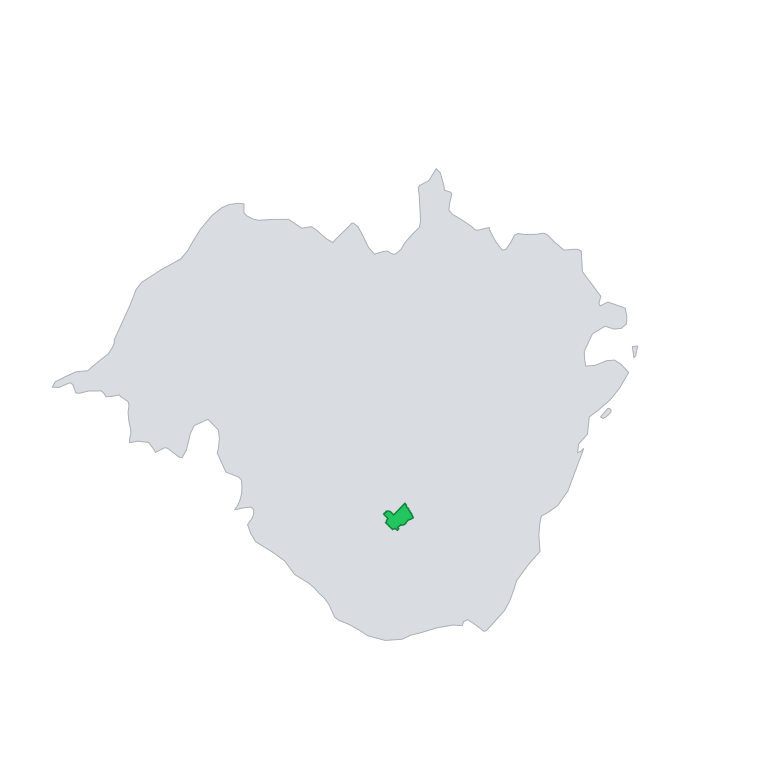 Siem Reap, Siemréab, Cambodia (highlighted), rotated 224°
{"feature_id": "14789045B16739970374251", "entity_name": "Siem Reap", "entity_type": "district", "adm_level": 2, "iso_a3": "KHM", "parent_name": "Cambodia", "parent_adm1": "Siemréab", "projection": "natural_earth1", "projection_center": [103.853, 13.34], "detail": "fine", "context": "in_parent", "style": "filled", "palette": "green", "viewbox_px": 768, "rotation_deg": 224, "n_neighbors": 0, "source": "geoboundaries", "source_scale": "gbopen_adm2", "svg_char_len": 6283}
<svg xmlns="http://www.w3.org/2000/svg" viewBox="0 0 768 768"><g transform="rotate(224 384 384)"><path d="M620.5,151.3L622.0,157.3L618.1,168.6L614.0,178.8L606.3,187.8L605.9,194.4L603.3,214.0L604.4,220.3L606.2,225.6L608.8,228.5L615.6,247.8L621.8,265.3L627.9,279.6L629.0,288.7L623.6,311.7L617.1,332.9L617.8,343.4L620.6,354.0L623.6,368.1L624.8,386.1L623.2,397.8L620.3,405.1L614.7,412.5L609.8,416.3L603.9,410.0L599.3,409.7L593.0,411.6L588.1,414.5L578.0,425.5L566.9,436.2L551.5,438.9L545.5,446.8L539.1,447.9L526.9,448.3L519.0,450.2L519.3,454.1L518.7,472.9L518.9,477.3L517.7,478.5L512.2,479.1L502.8,476.2L490.1,471.5L481.1,470.8L476.5,479.0L473.8,482.2L470.4,482.7L466.8,484.1L465.6,487.8L465.3,492.4L467.1,500.2L467.7,512.6L467.3,521.0L470.6,526.4L490.0,544.4L495.7,548.9L496.3,551.6L493.0,561.4L496.0,575.2L490.0,574.9L479.8,569.0L475.0,565.4L469.2,568.3L467.1,567.7L463.2,560.9L458.0,554.0L452.6,553.6L441.4,556.3L429.9,558.2L425.5,558.2L423.7,559.4L417.0,569.7L414.2,567.9L402.6,564.0L392.0,562.5L389.8,565.2L391.1,573.6L393.5,581.8L392.1,585.3L386.3,589.6L378.6,597.3L373.9,603.4L370.6,604.8L358.9,604.6L347.3,605.4L342.6,611.1L338.2,615.5L334.5,616.7L319.2,602.6L288.9,597.7L285.6,591.5L282.7,590.3L280.0,598.4L263.3,606.1L256.4,601.4L251.3,595.8L252.0,588.8L256.8,583.2L265.1,579.1L268.9,564.8L262.6,546.6L257.1,541.3L251.3,537.0L245.2,543.8L240.0,555.5L234.7,561.4L227.1,562.8L216.0,562.3L211.7,544.9L210.3,530.1L211.8,513.1L213.5,503.0L202.8,489.2L202.3,475.9L197.1,469.1L195.6,472.6L195.7,476.4L194.3,473.6L177.4,434.8L174.6,416.9L177.5,403.0L179.2,398.4L174.4,391.1L167.6,382.8L155.5,372.0L154.7,354.8L152.0,334.6L148.4,327.7L142.9,315.3L139.9,304.9L139.0,277.6L140.5,275.4L149.1,274.6L160.0,272.7L161.8,268.3L159.8,264.6L166.9,258.5L176.9,244.9L184.7,230.7L190.3,221.8L193.7,212.9L205.0,200.4L220.6,191.7L231.1,189.7L242.2,186.7L252.7,182.5L257.7,182.1L270.8,187.2L277.9,188.5L285.3,188.4L293.0,188.9L299.8,188.4L315.8,184.9L332.8,187.7L348.0,185.5L366.9,181.4L376.1,183.9L384.5,188.1L385.7,196.4L387.7,200.2L390.5,203.1L394.2,203.1L399.0,197.3L403.0,191.3L404.3,190.2L404.5,193.2L406.5,199.6L410.1,206.0L413.7,210.2L419.8,215.9L423.7,216.1L436.6,210.8L455.9,218.5L458.2,222.4L464.4,230.3L471.2,235.9L486.2,236.3L491.6,222.4L489.0,214.0L480.3,199.2L478.0,190.6L480.7,189.0L495.2,187.4L497.6,185.7L500.8,176.1L504.7,177.2L512.8,178.4L521.3,171.9L526.3,165.0L529.1,168.2L532.1,173.0L535.4,175.8L541.5,179.9L548.3,185.7L552.5,191.4L555.9,193.6L564.5,192.0L566.8,192.3L571.8,185.3L575.3,181.6L578.3,182.7L582.6,182.6L591.6,173.8L596.7,165.7L599.5,163.5L607.6,167.5L610.9,166.7L615.5,155.6L620.5,151.3ZM206.0,522.0L204.4,523.1L202.8,523.1L201.2,521.5L201.4,515.2L202.5,511.4L205.3,510.7L206.0,522.0ZM231.3,583.4L227.9,587.6L222.5,579.0L222.6,576.6L231.3,583.4Z" fill="#d9dde1" stroke="#a8b0b8" stroke-width="1"/><path d="M277.4,285.3L276.7,285.3L276.8,286.0L275.4,287.5L275.3,288.0L274.8,288.1L274.7,288.1L274.4,288.1L274.1,288.0L273.9,288.0L273.6,288.0L273.3,288.0L273.2,288.0L272.8,288.0L272.7,288.1L272.8,288.3L272.8,288.6L272.8,289.0L272.8,289.3L272.8,289.6L272.8,289.9L272.8,290.0L273.0,290.1L273.3,290.1L273.6,290.2L273.9,290.2L274.1,290.2L274.4,290.1L274.5,290.2L274.5,290.3L274.5,290.5L274.4,290.8L274.4,291.0L274.5,291.2L274.5,291.5L274.5,291.8L274.4,292.0L274.3,292.3L274.2,292.5L274.1,293.0L274.1,293.5L274.1,293.8L274.2,294.0L274.2,294.3L274.2,294.5L273.9,294.5L273.6,294.7L273.4,294.7L273.3,294.8L273.0,295.0L272.8,295.2L272.7,295.4L272.5,295.6L272.3,295.9L272.2,296.1L272.1,296.4L271.9,296.7L271.8,297.0L271.7,297.3L271.7,297.7L271.6,298.1L271.5,298.4L271.5,298.6L271.5,298.8L271.7,299.1L271.8,299.3L271.9,299.6L271.9,299.9L271.9,300.3L271.9,300.7L272.0,301.1L272.0,301.6L272.0,302.2L272.1,302.5L272.1,303.0L271.7,303.6L271.5,304.1L271.2,304.6L271.0,304.9L270.9,305.3L270.7,305.9L270.4,306.8L270.1,308.0L270.3,308.2L270.5,308.2L270.6,308.3L270.8,308.3L271.0,308.5L271.3,308.6L271.4,308.8L271.5,308.8L271.8,308.8L272.0,308.8L272.4,309.0L272.5,309.0L272.8,309.2L273.0,309.2L273.2,309.3L273.3,309.3L273.5,309.4L273.8,309.6L274.0,309.8L274.3,310.0L274.5,310.0L274.7,309.9L274.8,309.9L275.1,309.9L275.4,310.0L275.5,309.9L275.8,309.8L276.0,309.8L276.2,310.0L276.3,310.0L276.5,310.3L276.8,310.5L277.0,310.6L277.3,310.6L277.5,310.6L277.8,310.5L278.0,310.5L278.3,310.6L278.5,310.6L278.8,310.6L279.0,310.7L279.1,310.8L279.3,311.0L279.5,311.2L279.6,311.3L279.8,311.4L279.9,311.5L280.0,311.5L280.3,311.4L280.5,311.3L280.8,311.2L281.0,311.2L281.4,311.1L281.6,311.1L281.9,311.2L282.1,311.3L282.4,311.4L282.6,311.5L282.9,311.7L283.1,311.8L283.3,311.9L283.4,312.0L283.5,312.1L283.7,312.3L283.8,312.4L284.1,312.4L284.3,312.2L284.5,312.2L285.0,312.3L285.3,312.5L285.5,312.7L285.6,312.8L285.8,313.0L286.1,313.2L286.1,313.3L286.1,311.9L286.1,309.3L286.1,308.9L286.1,308.0L286.1,307.0L286.1,305.6L286.1,304.4L286.1,302.4L286.1,301.9L286.1,301.4L286.1,301.0L286.1,300.4L286.1,299.9L286.1,299.3L286.1,298.4L286.1,297.8L286.1,297.7L286.1,297.0L286.1,296.5L286.4,296.5L286.7,296.6L287.1,296.6L287.5,296.6L287.8,296.6L288.1,296.6L288.5,296.6L289.0,296.6L289.3,296.6L289.7,296.6L290.0,296.6L290.3,296.6L290.6,296.5L291.0,296.5L291.4,296.4L291.5,296.4L291.8,296.2L292.2,295.8L292.3,295.7L292.5,295.6L292.7,295.4L292.8,295.3L293.0,295.2L293.3,295.0L293.4,294.9L293.5,294.8L293.6,294.7L293.5,294.4L293.5,294.2L293.5,293.9L293.4,293.8L293.4,293.7L293.5,293.7L293.8,293.6L293.7,293.5L293.7,293.4L293.8,293.3L293.8,293.2L293.7,293.0L293.7,292.9L293.7,292.7L293.8,292.4L293.8,292.2L293.7,292.1L293.7,291.9L293.8,291.8L293.9,291.7L294.0,291.4L293.9,291.3L293.9,291.1L294.0,290.9L293.9,290.8L293.8,290.7L293.8,290.4L293.8,290.2L293.5,290.2L293.2,290.1L292.8,290.1L292.4,290.1L291.4,290.1L290.6,290.0L289.7,290.0L289.1,290.0L288.2,289.9L287.7,289.9L287.6,289.5L287.5,289.3L287.5,288.9L287.5,288.7L287.5,288.4L287.5,288.1L287.5,287.8L287.4,287.7L287.1,287.4L286.8,287.1L286.7,287.0L286.6,286.9L286.6,286.7L286.5,285.4L286.3,285.4L286.1,285.4L285.9,285.4L285.6,285.4L285.2,285.4L284.9,285.4L284.6,285.4L284.3,285.4L284.2,285.4L283.7,285.5L283.3,285.4L282.8,285.4L282.5,285.4L282.2,285.3L281.8,285.4L281.5,285.4L281.1,285.3L280.7,285.4L280.3,285.3L280.0,285.3L279.6,285.4L279.3,285.3L278.9,285.3L278.5,285.3L278.2,285.3L277.6,285.3L277.4,285.3Z" fill="#22c55e" stroke="#15803d" stroke-width="1.5"/></g></svg>